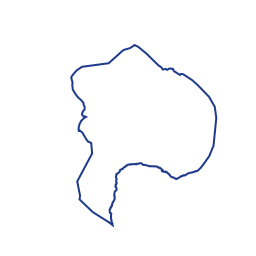 Bukavu, Sud-Kivu, Democratic Republic of the Congo, rotated 51°
{"feature_id": "63176286B64827262038855", "entity_name": "Bukavu", "entity_type": "district", "adm_level": 2, "iso_a3": "COD", "parent_name": "Democratic Republic of the Congo", "parent_adm1": "Sud-Kivu", "projection": "albers", "projection_center": [28.866, -2.508], "detail": "fine", "context": "isolated", "style": "outline", "palette": "blue", "viewbox_px": 256, "rotation_deg": 51, "n_neighbors": 0, "source": "geoboundaries", "source_scale": "gbopen_adm2", "svg_char_len": 5682}
<svg xmlns="http://www.w3.org/2000/svg" viewBox="0 0 256 256"><g transform="rotate(51 128 128)"><path d="M175.8,53.1L166.1,47.2L154.6,45.4L145.5,46.2L137.8,46.9L131.3,48.0L120.9,51.3L120.2,52.0L119.6,52.4L119.4,52.7L119.4,53.1L119.2,53.4L119.3,53.7L119.5,54.1L117.9,54.8L116.9,55.1L116.5,55.3L115.2,55.6L113.8,56.1L113.5,56.3L113.4,56.4L111.7,56.4L111.0,56.0L110.7,55.8L110.2,56.0L110.2,56.3L110.0,56.6L109.5,56.7L108.8,57.3L108.2,57.8L108.1,58.0L108.0,58.5L107.7,58.9L107.6,60.8L107.4,61.0L107.2,61.1L106.3,61.3L105.8,61.6L105.4,62.3L104.7,63.9L104.6,64.1L104.4,64.1L103.4,64.1L102.2,63.9L100.9,64.1L99.7,64.6L98.5,64.9L92.7,65.6L81.5,66.9L71.3,69.0L67.7,70.7L67.2,76.1L64.5,82.6L65.5,102.3L51.5,125.2L51.0,130.4L51.0,132.4L51.6,135.3L52.3,138.9L53.3,140.6L54.3,140.9L55.2,141.4L57.8,142.5L59.6,144.3L63.4,146.7L68.0,147.4L72.2,147.6L76.9,146.9L80.5,146.8L81.8,147.7L82.8,148.1L83.4,148.1L84.5,148.5L86.0,149.9L86.5,150.6L86.6,152.4L87.4,153.6L87.6,154.3L88.3,155.1L88.6,155.1L89.5,155.4L90.2,155.4L90.7,155.3L91.9,154.7L91.9,154.1L92.4,153.8L93.0,153.6L92.6,155.9L93.0,159.8L94.4,163.1L96.4,165.8L97.8,167.2L98.6,167.2L98.9,167.7L99.4,168.1L99.6,167.8L99.6,167.4L100.0,167.0L101.6,166.6L102.2,166.4L103.0,166.4L103.9,166.5L104.6,166.7L105.9,166.8L107.7,167.1L108.9,167.3L109.6,167.4L110.5,167.6L111.4,167.6L112.1,167.4L113.0,167.7L113.6,167.6L114.2,167.2L114.5,166.8L115.7,166.5L116.2,166.5L116.6,166.1L125.2,171.9L137.6,201.1L150.5,207.9L153.0,210.6L171.2,208.3L189.4,202.1L193.8,201.1L193.4,200.9L193.0,200.8L192.5,200.3L192.3,200.1L191.5,200.1L190.8,199.9L190.5,199.7L190.1,199.6L189.7,199.1L189.0,198.9L188.7,198.5L188.3,198.5L187.9,198.3L187.4,198.1L187.2,197.8L186.8,197.5L186.6,197.2L186.4,197.1L186.3,196.9L185.6,196.6L185.3,196.4L184.9,195.9L184.6,195.4L184.0,194.9L183.2,195.0L183.0,195.3L182.8,195.4L182.5,195.4L182.2,195.3L181.9,195.0L181.4,194.6L180.9,194.5L180.1,193.9L180.0,193.7L179.8,193.0L179.6,192.9L179.6,192.3L179.3,192.1L179.1,191.7L178.8,191.6L178.7,191.2L178.9,190.9L178.9,190.7L178.5,189.8L178.4,189.6L178.2,189.7L177.8,189.4L177.8,189.2L178.0,189.1L177.9,188.8L177.5,188.5L177.3,188.2L177.2,188.1L177.1,187.9L176.9,187.8L176.6,187.6L176.5,187.4L176.5,187.0L176.4,186.9L176.1,186.6L176.0,186.3L176.0,186.2L176.0,185.5L175.7,185.2L175.6,184.6L175.0,183.3L174.5,182.9L173.8,182.5L173.5,182.2L173.4,181.9L173.1,181.6L172.8,181.6L172.5,181.2L171.8,181.1L171.3,180.9L170.7,180.1L170.1,179.6L169.7,179.0L169.2,178.5L169.0,178.1L169.0,177.0L169.1,176.2L168.9,175.8L168.6,175.6L167.6,175.1L167.5,174.8L167.3,174.7L166.1,174.6L165.6,174.6L165.3,174.5L165.2,174.3L165.1,173.8L165.0,173.7L164.9,173.7L164.8,173.4L164.5,173.3L164.3,172.8L164.3,172.7L164.3,172.4L164.0,172.0L163.9,172.1L163.8,171.7L163.7,171.5L163.5,171.4L163.2,171.4L163.0,171.1L162.6,171.1L162.3,171.0L161.9,170.8L161.8,170.5L160.9,169.6L160.6,169.2L160.5,168.9L159.5,168.7L159.4,168.7L159.1,168.6L158.9,168.4L158.2,168.0L157.9,167.8L157.8,167.7L157.7,167.1L157.6,166.9L157.3,166.6L157.2,166.5L156.6,166.1L156.4,165.9L156.6,165.3L156.8,164.9L156.8,164.0L156.7,163.5L156.8,163.0L156.6,161.7L156.3,161.3L155.9,161.0L155.7,160.5L155.7,160.0L156.0,158.9L156.4,158.4L156.5,158.3L156.4,157.6L156.2,157.5L156.2,156.7L156.0,155.7L156.2,155.3L156.3,154.9L156.4,153.8L156.1,153.4L156.2,153.0L156.2,152.8L156.4,152.8L156.4,152.7L156.4,152.3L156.4,151.5L156.5,151.1L156.6,150.8L157.2,150.2L157.3,150.1L157.3,149.7L157.6,149.1L157.9,149.0L157.9,148.6L158.0,148.5L158.3,148.5L158.4,148.0L158.8,147.7L159.3,146.9L159.4,146.6L159.5,146.3L159.9,146.2L160.0,146.0L160.0,145.7L160.2,145.4L160.4,145.1L160.5,145.0L161.0,144.9L161.5,144.5L161.6,144.0L161.5,143.9L161.4,143.6L161.6,143.1L161.7,142.9L162.0,142.7L162.4,142.3L162.7,141.3L163.1,140.6L163.3,140.3L163.4,140.1L163.6,140.0L164.0,139.9L164.5,139.8L164.8,139.6L165.6,139.6L166.6,139.2L167.2,138.2L167.5,138.0L167.8,137.7L168.6,137.1L169.2,136.8L169.4,136.5L169.7,136.4L170.0,136.2L170.4,135.9L170.5,135.9L170.7,135.6L170.9,135.5L171.3,135.3L171.7,135.0L171.9,134.5L171.9,134.3L172.1,134.2L172.5,133.8L172.7,133.6L173.6,132.6L174.0,132.0L174.2,131.7L174.7,131.5L174.9,131.4L175.1,131.0L175.3,130.4L175.6,130.2L176.1,129.8L176.3,129.7L176.6,129.7L177.1,129.5L177.6,129.5L177.8,129.4L177.9,129.1L178.0,128.9L178.4,128.8L178.4,128.7L178.8,128.3L179.1,128.2L179.4,128.3L179.5,128.1L180.0,128.1L180.7,127.9L181.2,127.9L181.4,127.9L181.5,127.8L182.1,127.6L182.5,127.6L182.4,128.1L182.5,128.3L182.6,128.7L182.9,128.8L183.4,128.4L183.5,128.4L183.8,128.1L184.3,128.0L184.7,127.6L184.8,127.3L185.0,127.2L185.3,126.8L185.6,126.5L185.6,126.3L185.8,126.3L186.1,126.3L186.2,126.2L186.4,126.2L186.6,126.0L186.6,125.9L186.8,126.0L186.9,125.9L187.5,125.6L187.9,125.5L188.6,125.5L189.2,125.2L189.8,125.3L190.0,125.3L190.2,125.2L190.5,125.3L190.8,125.3L190.9,125.2L191.2,125.3L191.5,125.2L192.8,125.2L193.3,125.1L193.7,124.9L194.1,124.8L194.3,124.6L194.5,124.2L195.0,123.9L195.1,123.7L195.9,123.5L196.4,123.5L196.8,123.2L197.0,123.0L197.5,122.6L198.0,122.7L198.3,121.9L198.4,121.2L198.5,121.0L198.5,119.9L198.9,118.9L198.9,118.7L198.8,118.1L198.7,117.7L198.8,117.4L199.0,117.4L199.2,116.9L199.2,116.5L199.3,116.5L199.3,116.4L199.4,116.1L199.5,115.9L199.5,115.7L199.8,115.0L199.7,114.8L199.7,114.6L200.0,114.5L200.0,114.0L200.1,113.9L200.6,113.7L200.8,113.5L200.8,112.6L200.8,112.3L201.0,111.7L200.9,110.6L201.0,109.9L201.5,109.3L201.5,109.1L201.5,108.9L201.7,108.5L201.8,108.1L202.0,107.8L202.5,106.7L202.9,106.3L202.9,106.0L203.2,105.2L203.6,104.8L203.7,104.5L203.9,103.6L203.9,102.8L204.0,102.7L204.2,102.3L204.6,102.1L204.9,101.7L205.0,101.4L205.0,100.4L205.0,99.7L204.8,97.2L203.7,92.2L201.0,82.6L195.5,72.6L175.8,53.1Z" fill="none" stroke="#1e3a8a" stroke-width="2"/></g></svg>